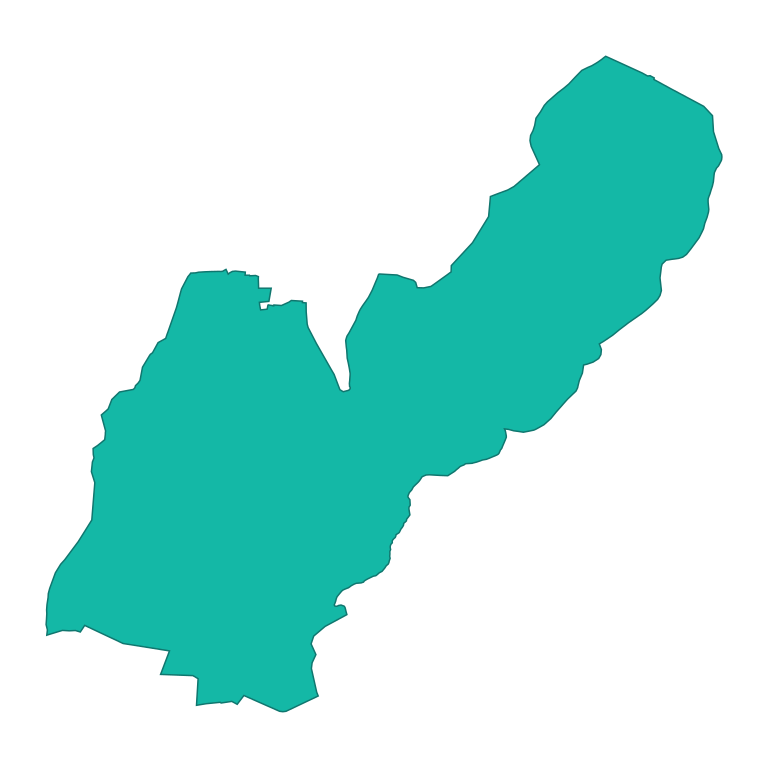 the district of Titesti, Arges, Romania
{"feature_id": "2599482B73209065312758", "entity_name": "Titesti", "entity_type": "district", "adm_level": 2, "iso_a3": "ROU", "parent_name": "Romania", "parent_adm1": "Arges", "projection": "equal_earth", "projection_center": [24.984, 45.011], "detail": "fine", "context": "isolated", "style": "filled", "palette": "teal", "viewbox_px": 768, "rotation_deg": 0, "n_neighbors": 0, "source": "geoboundaries", "source_scale": "gbopen_adm2", "svg_char_len": 5550}
<svg xmlns="http://www.w3.org/2000/svg" viewBox="0 0 768 768"><path d="M346.9,614.6L346.0,611.4L345.5,609.2L345.0,607.4L344.2,606.2L342.7,605.6L342.0,605.4L341.3,605.1L340.6,605.1L338.4,605.5L337.5,606.1L336.1,606.3L334.8,606.0L334.4,605.4L334.3,604.7L335.0,603.1L335.7,601.1L336.3,598.6L337.1,596.7L338.6,594.8L340.1,593.0L341.7,591.1L342.9,590.1L344.3,589.4L347.2,588.2L348.2,587.9L349.7,586.9L350.7,586.1L351.8,585.4L354.4,584.0L356.6,583.2L357.4,583.2L361.1,582.9L363.5,582.1L364.3,581.0L365.1,580.4L367.7,578.9L373.3,576.2L375.8,575.7L376.9,574.9L379.4,572.7L382.0,571.4L384.6,568.3L386.3,565.7L388.2,564.1L388.9,562.6L389.2,561.1L389.6,559.9L390.1,558.4L389.7,556.3L389.8,555.3L389.9,554.1L389.9,553.0L389.8,551.7L390.2,550.5L390.6,549.6L390.3,548.0L390.2,546.8L390.4,545.7L390.6,545.1L391.0,544.2L391.5,543.7L392.3,542.8L392.2,541.0L392.7,540.0L393.9,538.6L395.1,537.6L395.6,536.7L396.1,534.7L397.4,533.8L398.7,533.0L399.3,532.4L400.2,530.6L401.0,529.0L402.2,527.5L403.3,525.7L403.6,524.9L403.6,524.1L403.7,523.4L404.0,523.1L405.4,521.9L406.4,520.9L406.5,520.2L406.6,519.5L407.0,518.7L408.0,517.5L409.9,514.9L408.9,508.8L409.0,507.1L410.2,505.2L409.9,499.7L408.7,498.2L407.9,496.8L408.1,495.5L409.4,492.5L410.6,491.2L411.8,489.8L413.3,487.0L415.4,484.9L417.1,483.3L418.5,481.9L419.5,480.7L420.4,479.4L421.6,477.5L422.1,476.8L423.5,476.1L426.1,475.0L429.4,474.8L439.9,475.4L447.8,475.7L454.8,471.2L456.4,469.7L458.4,468.1L460.0,466.6L461.4,465.9L464.0,464.9L465.6,463.7L472.1,463.3L473.4,462.9L476.6,462.1L480.7,460.7L482.5,460.0L486.4,459.3L489.3,458.2L496.9,455.0L498.2,454.2L499.0,453.3L499.3,452.6L499.6,451.9L500.0,451.1L500.3,450.2L501.7,448.5L502.6,446.2L504.4,442.0L505.2,440.1L506.3,437.3L506.3,435.9L506.1,434.8L505.6,432.0L505.2,430.5L504.5,428.9L508.6,429.4L513.7,430.8L518.2,431.4L523.4,432.2L528.7,431.2L533.9,430.1L535.7,429.3L539.2,427.4L544.0,424.7L550.9,418.5L554.0,414.7L556.1,412.1L559.2,408.6L562.8,404.5L567.6,399.1L572.1,394.8L576.0,391.1L577.6,387.8L578.0,385.9L579.3,380.6L580.4,377.9L582.4,373.1L583.6,365.0L587.0,364.2L593.1,362.1L598.7,358.5L600.9,354.6L601.4,349.6L599.3,343.9L603.5,341.4L612.7,335.2L619.4,329.7L628.7,322.6L641.9,313.4L645.9,310.2L653.1,303.8L657.6,299.4L660.0,295.5L661.4,290.5L660.0,277.9L660.9,270.8L661.3,267.2L662.1,264.1L666.1,260.2L672.4,259.2L674.4,259.0L678.6,258.4L682.8,257.1L686.5,254.4L690.7,249.1L699.0,237.9L701.7,232.6L703.5,228.8L704.8,223.3L707.1,217.2L708.5,212.0L708.8,209.4L708.4,205.3L708.1,202.1L708.1,199.2L708.3,198.3L708.9,196.5L710.0,193.7L710.5,192.0L711.0,190.3L712.4,186.1L713.4,181.7L714.1,174.7L714.4,172.6L716.5,168.1L718.5,165.9L719.9,163.3L721.3,160.6L721.6,159.7L721.9,157.0L721.7,154.7L718.8,148.6L717.4,144.1L713.5,131.7L712.5,115.7L703.7,106.3L671.3,89.0L653.9,79.5L654.2,77.9L650.1,75.7L647.6,76.0L642.2,73.0L618.2,62.0L605.7,56.3L604.2,57.4L601.4,59.6L599.6,60.9L597.7,62.2L595.8,63.4L591.7,65.8L587.9,67.4L581.8,70.4L574.9,77.5L568.7,84.1L563.7,88.3L557.9,92.7L547.5,101.8L544.3,105.4L540.4,112.0L536.0,118.2L534.7,125.4L533.0,130.7L530.6,135.4L530.0,140.5L530.4,142.8L531.2,146.4L539.5,164.7L514.0,186.5L507.5,190.1L500.4,192.7L490.4,196.5L490.0,201.4L488.6,216.6L472.5,242.7L451.3,265.6L451.1,271.9L446.5,275.3L436.9,282.2L431.0,286.4L423.7,287.9L417.2,287.7L415.7,282.4L413.4,280.3L403.1,277.3L397.2,275.0L379.5,274.0L378.6,274.4L377.3,278.1L375.8,281.6L374.3,285.2L372.2,290.2L369.7,295.0L368.5,297.3L366.4,300.4L362.6,305.7L360.3,309.3L359.2,311.5L357.2,316.1L355.9,320.2L349.3,332.4L347.0,336.1L346.3,338.2L345.7,340.5L346.3,347.1L346.7,349.9L347.0,354.5L347.2,358.1L348.3,363.1L349.3,368.2L350.1,373.3L350.1,375.0L349.7,380.6L349.4,383.4L349.5,385.0L349.6,386.6L350.2,387.3L350.2,388.7L348.7,390.3L343.2,391.7L339.9,389.7L337.5,383.4L334.1,374.4L331.1,369.3L328.2,364.2L316.4,343.5L308.1,327.5L307.2,324.1L306.2,311.8L306.1,302.9L302.4,302.6L302.5,301.2L291.3,300.5L289.0,302.1L283.9,304.4L281.5,305.5L273.9,305.0L273.8,305.8L272.9,305.8L272.8,305.6L270.5,305.3L268.2,304.9L267.8,305.7L267.4,308.0L267.1,309.2L260.6,309.9L259.7,305.3L259.4,302.3L260.9,302.2L268.9,301.4L271.2,288.2L261.0,288.2L258.6,288.2L258.5,284.3L258.3,279.0L258.4,276.6L255.6,275.5L249.7,275.8L249.5,275.2L245.1,275.2L245.3,272.1L235.5,271.1L232.4,271.4L229.9,272.7L228.2,274.1L226.0,269.4L224.3,270.3L222.6,271.3L220.6,271.5L219.1,271.4L210.2,271.6L205.2,271.8L198.6,272.2L195.4,272.9L192.5,273.0L190.7,273.1L189.8,274.4L187.9,276.7L182.1,287.8L181.5,289.0L180.6,292.2L177.8,302.8L176.4,307.8L167.9,332.1L167.0,334.5L165.7,338.4L158.1,342.6L153.0,351.9L152.5,352.8L150.4,354.3L149.6,355.4L145.7,361.9L142.5,367.2L141.8,370.9L140.9,375.7L140.0,380.4L138.0,383.2L135.5,385.6L134.9,387.7L133.4,389.4L119.5,392.0L111.8,399.5L110.4,403.2L108.2,408.9L105.8,411.1L101.3,415.0L105.6,431.0L105.4,432.2L105.3,434.7L105.0,437.2L104.7,439.7L101.2,442.6L97.6,445.5L93.1,448.5L93.3,454.6L94.0,457.9L92.4,462.0L91.4,471.7L93.7,479.1L94.8,482.6L94.6,485.3L93.3,501.3L91.8,520.0L85.0,530.9L78.2,541.7L71.4,550.8L64.7,559.8L60.7,564.2L55.4,572.8L53.5,578.0L49.7,588.4L48.3,593.6L48.1,597.4L47.0,604.6L46.6,609.9L46.8,613.7L46.5,619.1L46.1,624.6L47.4,629.9L46.8,635.2L48.6,634.6L62.4,630.4L69.3,630.8L75.4,630.5L80.3,632.0L84.7,625.4L123.1,643.5L169.5,650.9L160.6,674.4L192.9,675.6L198.1,678.7L196.5,705.3L206.2,703.7L213.3,703.0L220.2,702.3L221.1,703.0L231.8,701.4L237.2,704.3L243.9,695.5L279.6,711.3L282.9,711.7L286.0,711.3L318.2,696.0L316.7,692.2L311.4,668.5L312.1,662.8L315.9,654.6L311.1,643.9L313.7,636.1L325.1,626.4L346.9,614.6Z" fill="#14b8a6" stroke="#0f766e" stroke-width="1.5"/></svg>